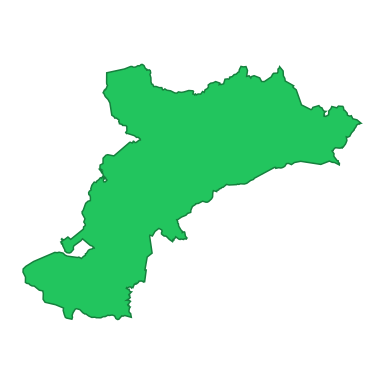 the district of Quimixtlán, Puebla, Mexico
{"feature_id": "50627088B34935710320898", "entity_name": "Quimixtlán", "entity_type": "district", "adm_level": 2, "iso_a3": "MEX", "parent_name": "Mexico", "parent_adm1": "Puebla", "projection": "orthographic", "projection_center": [-97.112, 19.243], "detail": "fine", "context": "isolated", "style": "filled", "palette": "green", "viewbox_px": 384, "rotation_deg": 0, "n_neighbors": 0, "source": "geoboundaries", "source_scale": "gbopen_adm2", "svg_char_len": 5902}
<svg xmlns="http://www.w3.org/2000/svg" viewBox="0 0 384 384"><path d="M361.0,123.2L356.9,119.8L352.8,118.8L351.3,115.7L349.8,116.2L347.4,115.2L347.2,113.2L344.7,110.3L343.9,110.1L343.4,107.3L342.8,106.4L338.4,106.1L336.9,107.8L331.8,106.5L330.9,108.7L328.8,111.0L328.6,114.8L325.9,116.4L324.1,116.3L324.0,115.5L324.5,115.0L324.0,114.4L324.4,112.6L325.9,111.4L324.3,111.3L323.0,110.0L321.9,107.8L320.3,107.4L318.9,105.6L312.9,107.4L312.0,109.1L311.0,109.7L301.5,104.9L296.2,89.8L293.1,87.4L292.9,86.8L293.7,85.8L285.2,81.0L284.8,78.3L283.4,75.9L283.1,71.0L279.6,66.7L279.3,67.9L278.0,69.1L278.0,71.9L277.4,73.1L273.6,73.3L272.6,74.3L271.4,76.8L264.3,81.6L261.6,81.5L259.7,77.9L254.1,75.7L251.4,76.6L250.8,78.0L249.1,75.8L246.6,76.4L247.5,70.5L246.0,66.6L243.4,66.9L241.0,66.4L239.3,69.8L239.0,71.9L238.1,72.2L236.3,74.1L234.1,74.6L232.2,76.6L229.6,77.2L229.6,78.4L228.7,79.2L227.7,78.9L225.0,79.2L223.6,83.8L221.0,84.6L220.6,84.1L219.2,84.6L219.7,83.0L215.6,81.6L213.1,82.8L210.6,83.2L208.2,85.0L208.4,87.3L206.6,89.1L205.2,89.6L204.2,92.4L202.6,91.5L200.7,94.1L198.0,94.0L196.3,94.9L195.5,94.0L194.7,94.9L194.4,94.3L192.9,93.9L193.5,91.4L192.9,90.8L188.8,90.5L183.7,92.0L181.4,92.4L178.4,91.9L176.9,93.1L174.9,93.0L170.6,90.8L166.8,90.2L164.9,88.9L163.4,89.9L162.5,89.7L161.8,87.6L159.2,87.6L156.2,86.5L153.6,86.5L152.8,84.4L151.7,84.1L151.0,81.9L150.9,77.7L149.9,74.3L150.7,73.0L150.3,70.7L149.4,69.9L146.9,70.2L147.0,69.4L145.4,68.5L144.0,65.6L142.5,64.5L141.2,64.5L139.5,65.9L138.0,65.7L135.4,67.1L133.3,67.2L132.1,66.5L130.7,66.5L124.4,69.0L106.7,72.8L106.6,82.1L106.7,84.0L107.5,85.3L106.0,89.0L105.3,89.2L105.0,90.1L104.4,90.1L103.1,92.8L103.8,93.3L105.3,96.6L108.0,99.4L109.9,102.9L111.8,115.2L113.9,116.6L114.8,118.1L116.3,118.0L119.1,120.1L118.7,121.8L119.4,122.4L119.4,123.7L122.2,124.5L122.5,125.4L125.9,125.6L126.8,126.5L126.9,130.8L125.7,132.5L126.6,133.6L127.4,133.4L134.5,135.7L136.5,137.4L138.2,137.3L140.3,139.1L140.4,140.0L139.1,140.2L136.1,142.5L134.9,142.5L133.7,141.2L133.1,141.4L132.9,142.5L132.2,143.0L130.1,142.2L129.4,142.6L113.9,155.9L107.7,154.7L106.0,155.2L103.1,158.2L103.0,163.5L100.1,165.1L99.9,168.5L101.3,169.5L99.5,169.4L101.0,171.2L101.0,170.1L101.3,170.8L102.2,171.5L101.4,172.1L101.8,172.9L102.5,172.8L103.7,176.1L105.6,177.8L105.8,178.8L107.0,180.1L105.3,181.9L103.8,181.9L103.3,180.6L103.5,179.4L104.5,178.9L103.7,177.3L103.3,177.8L102.8,177.6L103.1,176.9L102.6,176.5L101.6,178.2L101.1,177.7L100.2,177.9L98.8,179.7L96.8,181.1L96.2,182.5L94.2,182.1L91.9,185.2L90.8,188.7L91.1,189.9L89.3,191.3L88.6,192.8L88.9,194.7L89.7,195.0L90.4,197.0L90.4,200.6L88.0,201.2L85.7,203.3L83.1,210.5L82.1,211.6L82.2,213.6L85.0,218.8L83.8,222.0L85.2,224.2L85.3,225.5L83.6,226.9L83.4,229.1L70.7,239.4L67.9,237.0L64.3,239.7L63.3,239.6L63.6,240.0L63.0,240.4L61.9,238.7L61.4,239.2L62.5,240.9L60.8,242.0L61.7,243.0L61.4,243.7L62.0,244.2L62.5,243.9L62.8,245.8L64.8,249.8L64.9,251.1L66.9,252.7L69.3,253.0L70.8,252.5L73.5,249.4L73.3,247.5L73.8,245.9L80.9,240.7L82.5,238.8L90.4,245.5L91.6,245.7L94.0,247.5L94.2,248.1L92.9,248.1L92.2,248.9L89.6,249.5L88.3,250.4L86.5,253.3L85.4,253.9L85.4,255.4L83.5,256.4L81.4,258.5L78.9,257.1L77.5,257.5L67.2,256.1L65.2,255.2L63.0,253.1L59.1,252.2L57.2,252.7L54.8,252.4L33.6,261.5L25.9,266.3L23.2,268.9L23.0,272.1L25.5,277.1L25.4,282.4L26.9,283.4L28.7,283.6L30.2,285.0L32.0,285.9L34.3,286.1L39.3,290.2L42.8,290.9L43.3,293.5L43.1,299.3L45.1,302.3L55.5,304.7L63.5,308.0L63.2,310.5L64.3,314.6L65.4,317.4L66.7,318.1L71.9,319.2L72.5,317.2L72.1,315.6L73.0,312.8L75.2,309.2L76.5,308.7L79.9,309.6L82.8,312.7L84.9,314.0L85.9,313.9L88.7,316.0L91.8,317.4L94.9,317.2L96.2,317.7L100.9,317.8L103.0,316.7L105.3,316.6L107.9,315.2L109.1,315.5L112.2,315.0L114.6,315.9L115.9,318.5L117.5,319.5L118.8,319.3L121.9,315.8L122.9,316.2L124.8,315.5L131.3,317.3L130.6,313.5L129.4,312.5L128.9,311.2L129.3,308.5L130.2,307.0L129.4,306.8L128.9,305.4L128.3,305.7L127.7,304.8L130.5,301.3L129.0,300.3L128.2,300.6L127.9,300.1L126.7,300.2L129.9,298.0L130.2,297.3L129.2,296.6L129.8,296.7L129.1,295.4L129.6,295.1L128.9,294.5L131.5,291.9L130.2,291.7L129.3,290.4L129.1,289.3L128.5,289.5L126.3,288.3L126.7,287.5L127.4,287.9L129.5,286.9L130.5,286.9L131.5,288.0L132.1,287.3L132.9,287.7L134.4,284.1L135.9,284.2L136.2,283.3L136.9,283.6L138.5,282.3L139.0,281.2L141.6,281.0L143.8,282.1L144.1,281.1L144.7,281.4L146.2,270.0L144.9,270.0L147.2,257.0L152.1,253.1L149.6,236.1L149.9,235.2L152.4,236.0L155.0,231.4L158.9,228.4L161.7,229.9L162.1,231.3L161.5,232.5L161.5,233.9L162.3,234.7L164.0,236.0L166.2,236.2L169.3,239.4L172.6,241.7L173.1,240.6L172.6,240.4L173.1,239.5L173.9,239.9L174.2,238.8L175.3,237.9L175.7,236.8L178.8,239.1L180.1,239.5L180.9,239.0L183.7,239.5L184.3,238.7L186.3,239.1L186.8,238.3L186.4,238.3L186.5,237.6L185.4,236.0L184.7,232.2L184.0,231.8L182.3,232.6L182.3,231.3L180.9,229.9L178.7,226.1L178.4,223.7L177.7,223.0L177.7,221.7L176.8,219.7L177.6,219.7L181.6,217.0L186.0,215.2L187.6,213.4L190.7,212.4L190.9,210.1L192.4,206.5L195.7,204.3L195.8,203.7L198.4,203.4L202.6,201.2L206.0,202.2L207.6,202.1L208.8,201.4L211.6,198.8L212.6,197.0L212.8,192.6L213.4,190.6L216.7,191.6L217.1,190.4L218.6,190.0L219.4,188.8L220.9,188.5L221.5,187.6L223.2,187.2L226.6,184.4L229.0,185.0L236.7,184.6L237.3,184.1L238.9,184.4L240.2,183.8L244.4,184.0L246.8,183.3L250.6,180.5L253.5,179.4L254.4,178.2L274.3,167.5L275.6,167.4L275.8,168.3L278.7,167.7L280.9,168.0L282.7,167.5L284.8,166.3L286.5,163.6L288.7,163.4L291.4,164.6L294.5,162.5L300.7,161.3L320.8,164.4L329.4,161.1L332.2,162.3L334.6,162.5L339.3,164.9L339.4,163.2L338.4,162.6L338.2,160.8L337.2,160.7L333.8,156.2L334.0,153.7L332.1,151.0L333.2,150.5L333.4,149.6L335.4,147.7L339.2,148.1L341.1,148.0L341.4,147.5L342.2,148.0L342.8,147.0L343.2,147.1L345.5,144.0L346.9,140.6L346.3,136.8L347.7,137.2L349.7,136.3L351.5,132.9L354.3,129.8L354.1,129.3L355.9,127.0L356.6,125.1L359.2,123.6L359.7,124.0L360.1,123.3L361.0,123.2Z" fill="#22c55e" stroke="#15803d" stroke-width="1.5"/></svg>